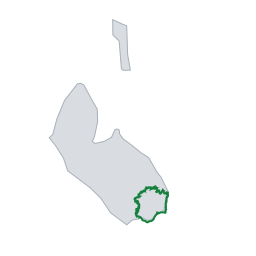 location of Jenin, West Bank, Palestine, rotated 133°
{"feature_id": "87354302B37411468451868", "entity_name": "Jenin", "entity_type": "district", "adm_level": 2, "iso_a3": "PSE", "parent_name": "Palestine", "parent_adm1": "West Bank", "projection": "mercator", "projection_center": [35.215, 32.426], "detail": "fine", "context": "in_parent", "style": "outline", "palette": "green", "viewbox_px": 256, "rotation_deg": 133, "n_neighbors": 0, "source": "geoboundaries", "source_scale": "gbopen_adm2", "svg_char_len": 5294}
<svg xmlns="http://www.w3.org/2000/svg" viewBox="0 0 256 256"><g transform="rotate(133 128 128)"><path d="M199.7,62.9L201.9,82.9L197.9,100.1L197.5,115.0L200.5,142.8L194.1,154.6L190.4,168.5L188.8,179.0L184.3,178.5L170.1,186.1L151.2,193.2L130.4,195.1L127.5,193.0L126.7,189.4L132.7,171.8L135.1,163.5L144.1,154.5L156.9,146.8L162.3,144.8L161.7,141.5L154.0,136.3L146.1,133.7L138.5,136.3L136.2,135.5L135.4,133.2L138.0,130.1L139.3,124.1L138.1,114.2L137.3,102.1L135.6,92.7L140.3,77.4L141.5,70.2L147.4,54.6L161.1,45.1L173.0,47.9L179.3,48.6L182.0,50.4L183.7,55.8L192.5,62.1L199.7,62.9ZM84.1,165.7L89.2,171.1L89.3,173.1L70.5,193.7L70.3,202.5L59.2,213.1L55.7,202.5L54.1,198.7L74.5,178.4L84.1,165.7Z" fill="#d9dde1" stroke="#a8b0b8" stroke-width="1"/><path d="M156.6,71.9L156.8,71.8L157.0,72.0L156.9,71.9L156.9,72.0L157.0,72.2L157.6,72.5L157.8,72.4L158.0,72.7L158.0,72.4L158.3,72.4L158.2,72.6L158.4,72.9L158.5,73.0L158.7,73.3L158.8,73.4L159.0,73.4L159.0,73.5L159.7,73.9L159.8,73.9L160.2,73.9L160.4,73.8L160.5,73.6L160.9,73.4L161.0,73.3L161.1,73.2L161.4,73.1L161.4,72.9L161.6,72.9L161.7,73.0L162.2,73.0L162.4,73.1L162.5,73.1L162.6,72.9L162.7,73.3L162.9,73.4L163.0,73.2L163.0,73.3L163.2,73.2L163.3,73.3L163.5,73.2L163.7,73.3L163.7,73.5L163.9,73.5L164.0,73.4L164.1,73.5L164.2,73.8L164.3,74.0L164.6,73.9L164.6,74.0L164.5,74.3L164.7,74.5L164.8,74.5L164.8,74.2L164.7,74.2L164.7,73.7L164.9,73.7L165.1,74.0L165.2,74.3L165.3,74.4L165.3,74.1L165.5,74.2L165.8,73.9L166.0,74.0L166.3,74.0L166.5,74.2L166.8,74.1L167.3,74.7L167.5,74.7L168.0,74.8L168.5,74.6L169.2,74.8L169.3,74.9L169.6,74.5L169.6,74.2L169.8,74.2L170.1,74.0L170.4,73.9L170.3,73.6L170.4,73.4L170.5,73.6L170.6,73.4L170.6,73.0L170.4,72.8L171.1,72.9L171.4,73.1L171.5,73.1L171.5,73.3L171.8,73.3L171.9,73.5L172.1,73.6L172.2,73.8L172.3,74.0L172.5,74.0L172.5,73.9L172.7,74.1L173.1,74.2L173.2,74.5L173.6,74.5L174.0,74.7L174.2,74.9L174.5,75.0L175.2,74.9L175.2,74.7L175.6,74.5L175.7,73.4L175.6,73.1L176.1,73.5L176.5,72.8L176.8,72.4L176.5,72.3L176.7,72.0L176.3,71.7L176.0,71.6L175.7,70.9L175.3,70.5L175.4,70.3L175.9,70.4L175.9,70.1L176.0,70.1L175.5,69.9L175.7,69.7L176.0,69.6L176.6,69.6L176.5,69.4L176.5,69.0L176.5,68.7L176.4,68.6L176.7,68.5L176.8,68.3L176.3,68.2L176.6,67.1L176.9,67.0L177.0,66.9L177.5,66.5L178.0,66.4L178.8,66.6L179.3,66.2L179.1,65.8L180.0,65.7L179.7,65.3L180.1,65.3L180.1,65.1L180.8,64.6L180.8,65.3L181.0,65.5L181.2,65.8L181.3,65.7L181.4,65.9L181.3,66.1L181.2,66.0L181.0,66.3L181.5,66.6L182.1,66.0L182.3,66.1L182.7,65.4L182.8,65.2L182.8,64.2L182.6,64.0L182.6,63.8L182.9,63.7L183.2,63.9L183.4,63.9L183.6,63.9L184.0,64.1L184.4,64.6L184.5,64.5L184.4,64.5L184.5,64.3L184.5,63.7L184.3,63.2L184.6,63.1L185.4,63.3L185.5,63.4L185.4,63.8L185.5,63.8L185.7,63.2L186.5,62.1L186.4,61.7L186.2,61.4L186.0,60.9L186.3,60.8L185.4,60.1L185.3,59.6L185.2,59.4L185.1,59.1L185.3,58.9L185.0,58.9L184.7,58.0L184.7,57.4L185.2,55.1L185.5,54.9L185.5,54.6L185.4,54.3L185.2,54.1L185.1,53.6L185.0,53.4L184.9,53.3L184.8,53.0L184.6,52.9L184.3,52.1L184.1,51.7L184.1,51.2L184.2,50.9L184.0,50.7L184.1,50.4L183.9,50.1L183.9,49.7L183.7,49.4L183.1,49.2L182.3,48.9L181.8,48.9L181.6,48.7L181.2,48.3L180.7,48.0L180.3,47.7L179.7,47.4L178.7,47.1L178.3,47.1L178.0,47.2L177.4,47.1L177.1,47.1L176.1,47.6L175.9,47.6L174.8,48.0L173.8,48.1L173.3,48.3L172.1,48.3L171.5,48.2L171.1,48.4L170.0,48.9L170.0,48.7L169.9,48.6L170.0,48.5L170.0,48.2L170.0,47.7L167.5,46.6L165.8,44.9L164.5,42.9L163.6,43.4L163.6,43.7L163.5,43.9L163.1,43.9L162.9,44.1L162.4,44.3L162.0,44.6L161.7,44.6L161.7,44.9L161.4,45.1L161.4,45.4L160.7,46.1L160.5,46.5L160.4,46.5L160.0,46.4L159.8,46.4L159.5,46.8L159.4,47.2L159.1,47.4L159.1,47.5L158.7,47.7L158.6,48.0L158.0,48.4L157.6,49.0L157.0,49.2L157.0,49.3L155.9,50.0L155.3,50.0L155.2,50.2L155.4,50.4L154.0,51.4L153.9,51.5L153.2,52.0L152.6,52.1L152.5,52.3L151.9,52.7L151.7,52.4L151.4,52.3L150.9,52.3L150.3,52.5L150.1,52.8L150.0,53.0L149.6,53.5L149.2,53.7L148.7,54.3L148.4,54.4L148.1,54.9L148.3,55.2L148.4,54.9L148.8,55.0L149.2,54.9L149.5,55.2L149.7,55.3L150.0,55.2L150.0,55.3L150.0,55.5L149.9,55.9L149.8,56.0L150.1,56.1L150.6,56.2L150.8,56.4L151.1,57.1L150.9,57.7L150.8,58.0L150.5,58.5L150.6,59.1L150.3,59.1L150.0,59.0L150.0,59.5L149.9,59.7L149.7,59.9L149.6,60.3L149.9,60.2L150.1,60.0L150.0,59.8L150.8,60.1L151.5,59.8L153.3,59.4L153.9,59.5L154.0,59.7L153.8,59.8L154.1,60.2L153.9,61.0L153.3,61.4L152.9,62.0L152.5,62.4L152.5,62.5L152.8,62.5L153.0,62.6L152.9,62.8L153.1,63.0L153.5,63.4L153.8,63.3L154.9,63.2L155.2,63.2L155.4,63.4L155.4,63.5L155.4,63.8L154.5,63.8L154.3,63.8L153.9,64.3L153.6,64.8L153.4,64.8L153.1,65.0L152.8,65.0L152.7,65.2L152.7,65.4L152.9,65.4L152.9,65.7L153.1,66.0L153.2,65.9L153.3,66.0L153.3,66.3L153.5,66.5L153.4,66.5L153.5,66.6L153.8,66.5L153.6,66.6L153.6,66.8L153.4,66.9L153.2,66.9L153.1,67.0L152.9,67.1L153.0,67.2L153.0,67.3L152.7,67.1L152.9,67.5L152.7,67.3L152.6,67.5L152.6,67.4L152.5,67.5L152.1,67.6L152.1,68.2L152.4,68.1L152.6,68.2L152.6,67.8L152.8,67.8L153.1,67.9L153.2,67.5L153.3,67.4L153.6,67.6L153.9,67.5L154.1,67.5L154.2,67.9L154.6,68.3L155.5,68.6L155.5,69.0L155.4,69.1L155.5,69.1L156.2,69.5L156.5,69.3L157.0,69.5L156.7,69.6L156.5,69.9L156.5,70.0L156.3,70.1L156.0,70.1L156.1,70.3L156.3,70.5L156.2,70.6L156.5,70.7L156.6,71.1L156.4,71.1L156.6,71.2L156.6,71.3L156.8,71.5L156.6,71.7L156.7,71.8L156.6,71.9Z" fill="none" stroke="#15803d" stroke-width="2"/></g></svg>